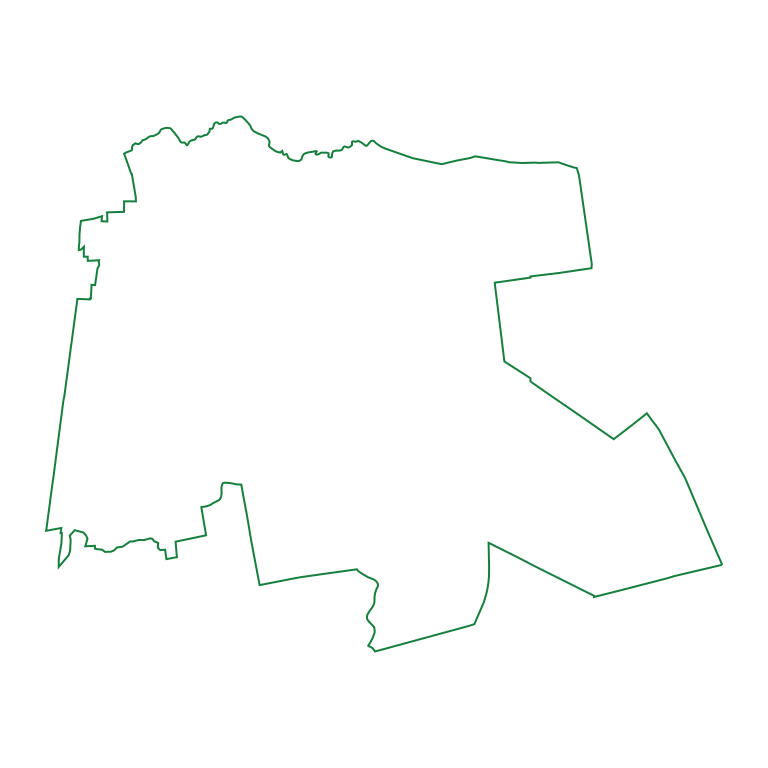 the district of Mihai Bravu, Giurgiu, Romania
{"feature_id": "2599482B97305638724228", "entity_name": "Mihai Bravu", "entity_type": "district", "adm_level": 2, "iso_a3": "ROU", "parent_name": "Romania", "parent_adm1": "Giurgiu", "projection": "mercator", "projection_center": [26.044, 44.127], "detail": "fine", "context": "isolated", "style": "outline", "palette": "green", "viewbox_px": 768, "rotation_deg": 0, "n_neighbors": 0, "source": "geoboundaries", "source_scale": "gbopen_adm2", "svg_char_len": 6057}
<svg xmlns="http://www.w3.org/2000/svg" viewBox="0 0 768 768"><path d="M674.7,576.0L721.0,565.1L721.9,564.1L707.3,530.6L696.5,505.0L685.1,478.0L675.7,461.1L666.9,444.5L659.3,430.3L657.9,428.2L655.9,425.4L652.1,420.5L646.9,413.3L632.0,425.1L613.7,439.2L575.5,412.6L544.3,391.2L530.5,381.5L530.5,378.3L504.4,361.5L494.7,282.7L530.5,277.6L530.5,276.4L558.7,273.0L591.5,268.2L591.5,267.0L591.8,264.7L591.5,262.1L580.0,182.3L579.4,177.9L578.8,174.8L577.6,170.9L576.9,168.2L576.7,168.0L573.6,167.4L562.5,163.8L558.5,162.3L538.3,162.9L534.3,162.6L532.7,162.7L522.1,163.0L508.5,162.2L507.7,161.8L504.3,161.1L498.5,160.2L475.2,156.3L470.5,157.9L468.7,158.3L456.5,160.6L441.7,164.2L412.8,158.2L385.3,148.6L384.4,148.1L382.1,147.2L380.5,146.3L376.4,143.5L373.7,140.9L372.5,140.7L371.3,140.9L370.7,141.3L367.1,145.5L366.6,145.8L366.3,145.9L365.6,145.6L364.4,144.8L361.3,142.4L358.1,140.9L357.7,141.0L357.0,141.4L356.1,141.7L355.3,141.7L353.9,141.4L352.9,141.3L352.3,141.5L352.0,142.0L352.0,145.0L351.6,145.6L350.2,146.7L349.1,147.3L348.2,147.5L347.6,147.4L346.5,147.0L344.8,146.5L344.2,146.6L343.4,147.1L342.9,148.0L342.4,149.0L342.0,149.6L341.4,150.1L340.7,150.3L339.2,150.6L336.4,150.6L334.5,150.9L333.3,151.3L332.4,152.9L332.1,154.0L332.0,156.1L331.8,156.9L331.3,157.4L330.0,157.5L329.3,157.3L328.8,157.1L328.5,156.7L328.4,156.3L328.4,155.3L328.7,154.2L328.6,153.3L327.8,152.9L327.0,152.7L323.6,152.7L321.7,152.6L320.8,152.8L319.4,153.7L317.7,154.5L317.1,154.6L316.1,154.5L315.7,154.1L315.5,153.7L315.6,153.3L316.1,152.3L316.7,151.4L316.1,151.1L315.3,151.1L313.5,151.6L308.3,152.4L304.8,153.5L303.9,154.1L303.3,154.9L302.4,156.2L302.0,157.3L301.8,158.3L301.4,159.4L300.7,160.1L299.7,160.6L298.4,161.1L296.9,161.0L293.8,160.5L292.2,160.1L289.9,159.0L288.9,158.4L288.2,157.7L287.5,155.6L287.0,154.5L286.6,154.0L284.0,154.8L283.8,154.7L282.9,153.9L282.7,152.1L282.2,150.9L280.3,152.6L277.7,152.0L276.0,151.4L274.3,150.4L271.2,148.1L269.9,147.2L269.0,145.8L268.9,144.8L269.3,144.0L269.5,143.1L269.5,141.8L269.2,140.8L268.6,139.5L267.8,138.3L265.8,136.6L258.4,133.6L257.2,133.1L254.1,131.4L253.0,130.5L251.4,128.5L250.3,125.8L248.8,123.7L244.7,119.2L242.5,117.2L241.5,116.6L240.7,116.5L240.0,116.5L237.5,116.9L234.1,117.7L232.2,118.9L231.3,119.4L229.9,119.9L228.5,120.1L227.8,120.6L227.5,121.0L227.2,121.9L226.9,122.5L226.2,123.0L225.7,123.0L224.2,122.6L223.5,122.6L222.8,122.7L222.2,122.9L220.7,123.8L220.1,124.0L219.5,124.0L219.0,123.8L217.7,122.6L217.2,122.4L216.2,122.4L215.2,122.8L214.5,123.4L214.1,124.0L213.0,127.7L212.4,128.5L212.1,128.8L209.8,128.8L209.6,130.8L209.4,131.5L208.1,133.5L207.3,134.5L206.8,134.8L204.8,135.1L201.5,136.6L200.6,136.8L198.9,136.3L198.1,136.3L197.1,136.7L196.3,137.5L195.8,138.1L195.4,139.0L194.8,139.7L194.0,139.9L193.2,139.9L192.2,140.2L191.0,140.6L190.0,141.1L189.3,141.8L188.8,142.6L187.9,144.5L187.2,145.1L186.7,145.1L185.4,143.3L184.9,142.8L184.4,142.6L181.4,142.5L180.6,141.9L180.0,141.1L179.2,139.3L177.6,136.9L174.2,132.6L172.2,130.4L171.4,129.2L170.6,128.5L169.9,128.2L167.5,127.9L166.3,127.9L165.3,128.0L161.8,129.1L161.1,129.6L160.7,130.0L160.3,130.6L160.0,131.3L159.5,132.3L159.2,132.7L158.0,133.7L156.0,134.8L153.8,135.9L152.9,136.1L151.2,136.1L150.0,136.4L148.7,137.0L148.0,137.5L145.6,139.3L144.4,139.8L143.6,139.9L142.5,140.3L142.0,140.8L141.2,142.2L139.9,143.4L139.3,143.7L138.6,144.0L137.9,144.1L137.3,144.0L135.5,143.3L135.1,143.4L134.1,144.3L132.9,145.1L132.5,146.2L131.9,147.2L132.1,148.2L132.1,149.7L131.8,150.1L131.4,150.5L129.1,151.4L126.0,152.5L124.1,153.7L126.4,159.9L131.1,173.5L131.8,173.8L135.8,197.3L135.9,201.4L124.1,201.3L124.1,204.8L124.0,211.9L122.0,211.9L108.9,212.3L106.9,212.5L107.2,214.1L107.2,215.1L107.4,221.5L101.6,221.3L101.8,218.0L102.1,216.2L93.3,218.8L80.9,220.9L80.9,221.5L80.1,227.1L79.5,234.6L79.4,242.1L79.2,244.1L78.9,245.6L78.8,250.1L80.9,249.7L83.9,246.7L83.8,256.7L87.7,256.7L87.8,260.9L96.5,260.4L99.1,260.2L98.7,261.9L99.1,263.8L99.2,265.1L97.5,268.5L95.1,285.1L91.5,284.8L91.3,290.8L90.8,298.5L90.0,298.4L89.9,299.4L77.4,298.9L71.3,344.4L70.7,348.5L67.4,373.7L66.8,377.8L64.4,395.6L64.1,397.6L63.8,398.3L63.2,402.1L58.4,438.8L53.7,475.0L52.1,486.2L46.5,528.4L46.1,530.8L61.3,528.0L60.6,533.2L61.9,533.2L61.4,543.4L58.8,558.8L58.7,567.0L68.7,555.2L70.1,550.5L70.7,539.8L69.7,535.7L74.8,530.2L83.4,532.5L86.1,535.5L87.5,538.7L85.3,546.3L94.9,545.8L94.9,548.6L96.7,549.1L102.2,549.7L105.0,551.9L110.9,551.7L114.0,550.4L117.1,547.4L122.1,546.8L123.3,546.2L130.2,541.4L132.8,541.5L139.1,539.9L143.9,540.1L150.2,538.4L152.5,538.8L154.0,541.2L158.1,542.9L157.8,547.5L160.2,550.1L165.1,549.7L166.4,559.1L176.9,557.2L175.6,541.7L206.1,535.3L202.7,515.5L202.4,513.3L201.3,507.2L201.5,507.0L205.1,506.6L207.7,505.9L210.4,504.9L211.6,504.2L212.2,503.7L213.1,503.1L217.2,501.1L217.9,500.7L218.5,500.5L219.2,499.9L220.2,498.8L220.9,497.1L221.3,495.6L221.6,493.5L221.5,490.1L221.5,487.2L221.9,485.2L222.4,483.9L222.9,483.2L223.9,482.8L225.2,482.7L229.3,483.0L231.8,483.4L236.4,484.3L241.3,484.6L243.6,497.6L245.6,508.2L245.8,509.5L246.2,511.1L249.4,529.7L249.9,533.2L251.3,541.2L259.6,585.1L297.1,577.8L303.2,576.8L356.9,569.3L357.4,570.1L357.9,570.8L358.4,571.2L360.1,572.4L363.0,574.3L368.2,577.3L373.4,579.3L375.2,580.4L376.0,581.1L376.7,581.8L377.8,583.7L378.0,584.1L378.1,585.4L377.9,586.1L376.6,588.8L375.9,590.6L375.3,592.4L374.9,594.5L374.5,597.2L374.5,599.1L374.4,602.5L374.1,603.4L373.7,604.7L372.8,606.5L371.3,608.8L370.5,609.8L369.7,611.0L368.9,612.1L368.1,613.6L367.4,614.6L367.1,615.9L367.0,617.3L367.1,618.8L367.3,619.3L368.8,621.5L372.9,625.7L373.9,626.8L374.4,628.1L374.6,630.4L374.7,631.6L374.6,632.5L374.5,632.9L374.3,633.5L373.9,634.4L372.9,637.6L372.6,638.2L371.9,639.4L370.1,642.9L369.5,643.8L368.3,645.4L368.3,645.7L368.3,646.0L368.7,646.2L370.6,646.9L372.4,648.1L373.3,649.1L373.7,649.7L374.3,650.2L374.6,651.0L375.0,651.5L469.3,625.8L474.4,624.1L483.7,602.5L486.4,593.6L487.8,586.8L488.5,581.8L489.0,576.4L489.1,567.6L488.6,542.8L516.6,556.8L537.3,567.5L594.2,595.9L594.0,597.0L617.1,591.2L667.9,578.1L674.7,576.0Z" fill="none" stroke="#15803d" stroke-width="2"/></svg>